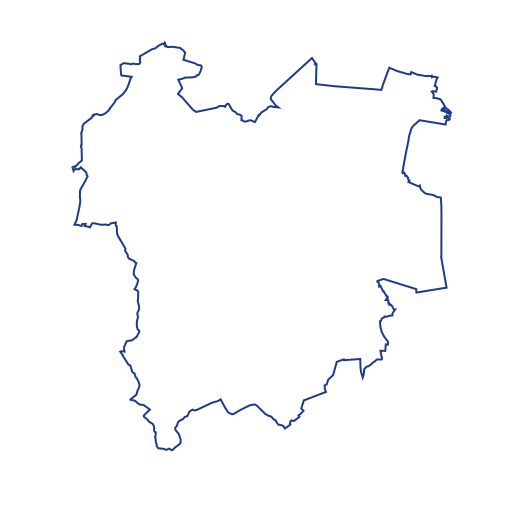 Cerna, Tulcea, Romania (Albers equal-area conic projection), rotated 187°
{"feature_id": "2599482B66510571343783", "entity_name": "Cerna", "entity_type": "district", "adm_level": 2, "iso_a3": "ROU", "parent_name": "Romania", "parent_adm1": "Tulcea", "projection": "albers", "projection_center": [28.311, 45.064], "detail": "fine", "context": "isolated", "style": "outline", "palette": "blue", "viewbox_px": 512, "rotation_deg": 187, "n_neighbors": 0, "source": "geoboundaries", "source_scale": "gbopen_adm2", "svg_char_len": 6031}
<svg xmlns="http://www.w3.org/2000/svg" viewBox="0 0 512 512"><g transform="rotate(187 256 256)"><path d="M329.6,53.3L323.6,53.3L322.1,52.7L320.8,52.9L319.0,54.2L318.0,54.0L316.3,52.9L314.8,53.6L313.0,56.1L308.6,60.3L308.1,62.0L308.5,64.9L310.9,69.9L314.6,73.4L315.3,74.9L315.1,75.9L313.8,77.8L313.3,80.9L312.6,82.4L310.2,84.4L308.8,85.0L307.1,87.6L304.9,88.5L304.1,89.9L303.3,93.2L300.4,95.8L298.2,95.2L295.7,96.2L281.8,105.0L276.0,107.4L273.7,109.4L268.1,101.6L264.5,97.3L260.6,96.0L258.8,96.6L252.6,101.4L243.9,107.1L239.7,108.4L238.6,108.4L236.4,107.2L227.7,100.5L223.8,98.8L222.7,98.9L220.9,98.1L218.1,95.7L216.7,95.5L215.6,93.8L213.4,91.4L208.9,91.0L207.6,90.0L206.3,88.3L201.4,92.8L202.0,93.9L201.6,94.8L201.7,96.2L200.6,97.2L199.2,96.8L198.2,96.9L193.4,101.6L194.4,102.9L192.4,104.9L190.0,108.2L192.5,110.2L190.9,118.5L170.0,129.6L171.5,132.3L172.1,136.0L170.2,137.1L169.2,142.2L165.0,147.0L162.9,160.8L156.3,164.1L156.0,163.3L140.0,166.5L138.7,158.1L138.0,155.2L137.5,153.4L135.3,148.4L134.6,152.4L134.9,156.7L133.3,159.0L132.5,159.7L130.5,160.6L128.1,163.0L127.2,164.4L125.8,165.3L123.4,168.0L118.7,168.6L118.4,169.0L118.6,170.6L119.3,171.8L120.9,177.1L116.1,177.6L116.4,184.1L114.3,184.1L114.3,185.9L114.7,187.2L119.0,191.6L122.0,196.0L123.9,200.8L125.0,206.4L124.1,206.8L123.5,209.1L121.1,211.0L121.1,211.6L118.7,211.7L116.5,212.9L113.3,213.6L113.5,215.9L111.4,219.8L112.5,219.5L114.6,222.6L116.3,224.1L117.6,223.8L118.0,224.8L117.7,224.9L117.8,225.2L118.7,225.0L119.3,228.2L121.9,228.0L121.0,229.7L120.1,230.4L120.2,231.3L120.7,231.9L121.2,231.6L125.0,236.5L125.4,236.3L128.6,241.2L130.2,240.6L130.4,241.3L129.9,241.7L129.9,242.3L130.4,243.4L131.4,244.8L132.4,245.2L132.5,245.9L126.8,248.7L126.1,248.7L92.8,242.6L92.7,240.8L92.3,239.3L63.0,247.8L72.1,277.5L71.9,277.6L76.9,319.0L78.2,328.8L79.7,336.6L83.5,336.6L87.2,338.1L94.7,338.5L97.2,339.7L100.2,342.1L101.1,343.4L102.0,346.0L103.0,345.0L103.5,345.0L113.7,348.0L112.9,349.7L113.7,349.9L114.4,350.7L114.6,352.4L115.7,352.9L116.2,353.9L117.8,353.8L117.8,355.4L119.3,356.2L119.3,357.0L120.0,357.2L120.6,356.4L120.9,356.9L119.9,374.8L118.8,388.5L118.6,394.8L118.1,396.3L117.5,400.7L116.8,402.6L115.7,404.4L110.2,410.7L83.9,409.6L83.7,413.3L83.3,414.0L80.7,414.7L80.3,415.6L83.3,416.9L84.1,416.0L85.6,416.0L85.7,417.3L83.7,417.4L83.7,418.5L82.5,417.8L80.3,418.2L80.2,419.2L81.9,421.0L83.7,421.3L84.3,422.2L85.3,422.1L87.9,422.8L87.8,423.4L88.0,423.7L89.6,422.9L89.8,423.2L89.3,424.4L88.1,425.8L85.5,423.0L83.6,422.8L80.7,420.8L79.8,421.9L81.7,423.7L86.0,426.4L89.1,430.7L90.0,431.4L90.8,432.8L92.2,434.1L96.7,434.7L99.1,434.5L99.3,438.2L101.6,440.6L100.2,441.2L97.3,441.0L96.7,444.6L96.9,445.1L97.8,446.2L99.3,446.5L98.5,452.5L97.5,455.3L100.9,455.6L102.2,455.5L103.1,454.9L103.5,456.4L105.8,455.7L110.1,455.3L118.1,455.7L124.3,457.5L124.7,455.1L128.2,455.1L138.5,456.8L146.7,459.1L150.8,441.7L151.8,436.2L198.3,434.1L217.2,433.9L217.4,433.9L217.9,438.5L219.3,453.6L220.9,453.4L221.0,454.0L220.2,454.5L224.6,459.3L256.3,422.3L260.3,416.6L260.6,414.0L260.1,413.2L254.8,407.8L251.9,406.2L256.6,406.0L259.4,406.6L262.1,405.2L263.2,403.2L264.0,402.4L268.0,399.3L270.3,395.5L270.7,395.9L273.3,388.9L273.7,388.8L277.7,390.1L280.0,389.5L282.2,388.2L284.5,388.1L286.0,389.1L287.0,389.0L287.3,393.2L289.2,394.3L291.9,394.5L293.7,396.2L296.6,397.3L298.3,399.0L301.3,403.2L302.2,403.8L303.0,403.5L304.2,402.3L304.9,400.3L305.8,401.0L310.4,400.5L313.1,398.4L333.1,391.7L336.5,393.5L348.7,404.5L353.2,407.3L349.7,413.6L354.6,421.5L350.2,423.2L348.3,424.4L340.8,425.6L337.8,426.6L337.2,427.1L337.0,428.1L335.6,428.4L334.7,429.3L333.6,432.7L332.8,436.9L333.8,438.4L337.4,438.6L339.7,439.7L351.9,441.9L351.1,449.2L353.6,451.5L356.6,453.2L363.8,453.5L368.8,452.7L369.8,452.7L370.3,453.3L371.5,453.0L371.8,453.2L371.3,454.2L372.2,455.4L372.4,456.5L372.6,456.7L373.3,454.9L374.6,455.4L378.3,452.9L381.5,449.7L384.2,448.7L395.7,440.0L395.0,437.9L395.4,437.1L395.0,436.7L395.1,435.4L394.4,433.9L395.3,432.3L398.6,431.8L401.6,432.0L403.6,430.9L404.9,431.3L410.8,431.3L413.8,428.9L412.3,420.8L411.6,418.8L401.3,418.7L402.0,417.2L403.7,409.3L405.1,405.0L407.9,400.4L414.2,393.8L415.3,390.7L419.2,384.6L418.9,384.4L419.4,383.3L422.6,379.5L426.0,377.2L428.0,376.8L431.4,377.5L434.7,376.3L434.2,375.6L435.8,374.3L435.9,373.2L442.6,366.7L443.4,365.6L444.1,363.2L443.7,361.3L444.0,357.7L444.5,356.9L443.9,354.4L442.8,346.3L442.7,345.3L442.9,345.4L443.2,343.4L442.2,341.6L440.5,329.7L441.4,328.4L443.2,326.9L444.8,324.2L449.0,321.6L447.4,318.1L445.8,321.1L444.6,320.3L443.0,320.3L442.5,321.0L441.8,320.9L440.7,322.7L434.7,318.3L434.0,316.1L432.9,314.6L434.6,309.7L438.4,300.5L438.6,299.1L438.0,293.0L437.3,290.7L437.1,289.1L437.2,283.3L438.4,269.9L440.0,264.9L436.4,265.2L432.8,264.5L432.2,266.6L429.1,267.1L429.8,264.9L426.1,264.7L424.4,264.1L422.7,268.3L420.8,268.8L413.4,268.1L409.0,268.9L406.1,268.7L403.8,270.8L399.2,272.2L399.0,269.6L398.7,269.0L397.9,268.7L396.7,261.6L396.0,259.8L386.4,247.3L386.6,245.3L383.5,241.6L383.0,239.3L381.5,237.8L376.1,236.1L375.4,235.0L373.9,234.4L375.3,227.6L375.2,223.2L374.4,221.8L372.3,219.6L370.6,218.6L370.0,217.3L370.4,214.3L371.2,210.9L372.6,208.3L371.6,207.8L370.2,207.7L369.0,206.7L368.5,205.9L367.9,199.9L367.9,196.8L366.1,192.3L365.6,190.0L365.7,188.5L366.9,184.7L365.7,180.9L366.3,176.6L366.0,175.6L366.2,174.2L365.8,173.2L365.7,171.5L364.5,168.7L363.0,167.8L362.5,166.3L363.7,163.8L364.4,161.5L367.2,158.7L369.6,156.8L371.0,156.7L374.1,155.5L375.8,149.6L375.6,147.3L374.8,145.1L378.1,145.1L379.1,144.5L376.4,141.6L376.0,140.7L369.1,132.4L367.5,132.2L364.7,126.0L364.0,125.3L362.4,124.8L360.6,121.0L359.7,120.3L357.6,117.5L355.8,113.7L355.9,112.3L357.3,107.3L357.7,103.9L363.1,98.4L363.1,98.0L359.1,97.7L357.7,97.1L355.1,95.2L352.4,94.3L350.5,94.5L349.0,94.2L342.6,90.7L347.6,84.4L347.9,84.0L347.8,83.2L347.1,82.4L344.0,80.6L342.0,78.5L338.1,76.8L336.8,75.1L336.3,73.9L335.9,70.3L335.0,69.1L334.0,68.8L333.8,66.2L333.9,64.7L334.2,64.4L333.1,61.3L332.9,59.6L331.5,56.4L331.3,55.2L329.6,53.3Z" fill="none" stroke="#1e3a8a" stroke-width="2"/></g></svg>